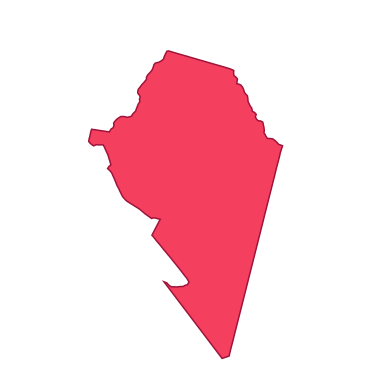 Sátiro Dias, Bahia, Brazil, rotated 212°
{"feature_id": "56859067B46846064360642", "entity_name": "Sátiro Dias", "entity_type": "district", "adm_level": 2, "iso_a3": "BRA", "parent_name": "Brazil", "parent_adm1": "Bahia", "projection": "mercator", "projection_center": [-38.535, -11.555], "detail": "fine", "context": "isolated", "style": "filled", "palette": "rose", "viewbox_px": 384, "rotation_deg": 212, "n_neighbors": 0, "source": "geoboundaries", "source_scale": "gbopen_adm2", "svg_char_len": 2500}
<svg xmlns="http://www.w3.org/2000/svg" viewBox="0 0 384 384"><g transform="rotate(212 192 192)"><path d="M221.0,317.2L225.2,316.6L235.6,313.7L237.6,313.1L282.3,300.4L286.5,299.3L287.9,298.1L287.7,295.2L287.3,292.2L286.6,289.7L287.5,287.0L288.8,284.6L290.2,283.2L291.5,281.7L291.7,279.7L291.0,277.2L290.5,274.4L290.9,271.2L291.5,268.6L291.6,266.8L291.4,265.0L290.3,263.5L290.6,261.4L290.9,258.7L291.4,256.8L291.6,253.7L292.0,250.6L291.1,248.1L289.9,246.8L287.6,246.1L286.1,244.9L285.8,242.9L284.1,241.0L284.2,238.4L283.9,236.6L283.4,233.8L282.7,230.7L283.3,228.2L283.7,226.3L283.4,224.4L284.9,222.6L286.6,221.0L288.6,220.4L290.3,219.6L292.2,218.4L293.6,215.8L294.5,213.3L294.9,211.0L295.0,209.0L293.5,207.0L292.9,204.8L293.9,202.8L294.0,201.0L293.9,199.2L310.4,192.0L309.9,189.9L309.0,187.4L308.1,184.9L307.5,182.8L306.4,180.1L304.3,179.4L302.5,179.1L299.9,179.0L298.3,181.3L295.5,182.8L293.9,184.0L292.3,184.8L290.1,183.7L288.3,182.4L286.0,180.9L284.3,179.8L282.7,178.7L281.3,177.5L280.0,176.3L278.5,175.1L277.0,173.7L275.1,171.9L276.0,169.7L276.0,167.1L273.4,166.7L271.7,166.2L269.6,165.3L268.0,164.1L266.0,162.8L263.7,161.2L261.2,159.4L259.5,158.1L257.9,157.1L256.0,156.1L253.8,154.6L251.2,153.0L249.3,151.8L247.5,151.0L245.4,150.4L243.6,149.9L241.7,149.7L239.5,149.7L236.8,149.7L234.5,149.7L231.9,149.7L229.6,149.7L226.8,149.6L224.0,149.2L221.0,148.7L212.3,148.1L210.9,149.7L209.0,150.6L206.8,151.2L204.5,152.1L203.1,134.1L201.3,133.6L199.3,132.9L196.8,132.0L194.5,131.2L192.7,130.7L190.6,130.0L188.1,129.1L185.1,128.0L181.7,127.0L179.5,126.2L176.9,125.4L160.6,119.7L153.7,117.1L151.2,116.3L148.9,115.2L146.8,113.9L146.8,110.9L148.5,109.0L149.4,107.2L151.3,106.0L153.4,104.4L155.1,103.0L156.7,102.3L158.7,101.0L160.6,100.5L162.8,100.9L165.3,101.6L168.2,101.0L78.3,66.8L73.6,72.5L76.8,82.1L78.3,87.1L80.4,93.4L87.3,115.0L101.0,157.6L113.0,194.9L114.5,199.5L115.1,201.5L116.6,206.1L117.2,207.8L131.0,250.9L131.9,253.5L136.8,269.0L137.9,272.0L139.7,279.2L141.8,278.8L143.7,278.3L145.8,279.0L149.4,279.7L151.8,279.8L154.0,278.8L156.4,277.4L158.9,278.5L160.6,279.6L162.3,280.3L163.3,282.5L165.4,285.1L167.5,287.2L169.0,288.8L171.6,288.6L173.5,287.5L175.8,287.9L178.0,289.2L178.7,291.9L181.1,292.6L183.6,292.4L185.8,294.8L188.1,295.7L190.3,297.1L192.4,298.4L193.9,300.5L195.9,302.9L198.4,303.6L200.2,304.2L202.2,306.0L204.5,307.6L207.2,308.6L209.4,308.3L211.5,307.6L212.4,309.7L213.4,312.0L215.5,312.7L218.1,312.9L219.8,315.0L221.0,317.2Z" fill="#f43f5e" stroke="#9f1239" stroke-width="1.5"/></g></svg>